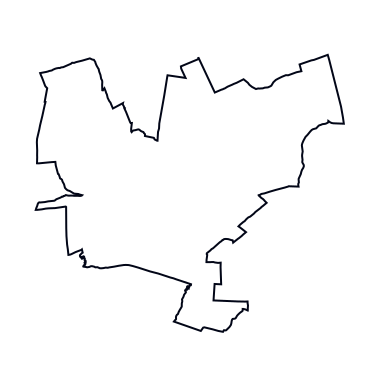 outline of Bira, Neamt, Romania, rotated 175°
{"feature_id": "2599482B54289612077221", "entity_name": "Bira", "entity_type": "district", "adm_level": 2, "iso_a3": "ROU", "parent_name": "Romania", "parent_adm1": "Neamt", "projection": "mercator", "projection_center": [27.049, 47.027], "detail": "fine", "context": "isolated", "style": "outline", "palette": "ink", "viewbox_px": 384, "rotation_deg": 175, "n_neighbors": 0, "source": "geoboundaries", "source_scale": "gbopen_adm2", "svg_char_len": 5961}
<svg xmlns="http://www.w3.org/2000/svg" viewBox="0 0 384 384"><g transform="rotate(175 192 192)"><path d="M332.9,323.7L332.1,320.8L331.8,320.2L330.7,316.5L329.1,310.7L328.7,309.9L327.2,308.0L330.9,294.7L330.1,294.5L330.4,293.4L331.0,291.9L332.1,288.4L334.5,280.7L337.5,271.8L338.7,267.6L341.7,258.5L342.2,255.2L342.6,246.9L343.1,242.1L343.2,240.2L343.9,234.1L341.9,233.9L329.1,234.0L325.5,233.9L325.4,230.3L323.9,221.7L323.3,221.4L323.2,221.1L322.5,218.6L322.3,217.3L322.2,217.0L321.0,216.2L320.4,215.4L320.3,214.9L320.1,213.8L319.0,211.3L318.8,210.8L318.2,207.3L317.3,206.0L315.9,204.6L313.6,203.6L309.8,200.8L309.2,200.6L305.4,199.9L304.0,199.2L301.7,198.4L302.2,198.0L303.8,197.8L306.4,198.2L309.8,198.5L311.8,198.9L315.1,199.1L316.8,199.5L317.8,199.9L318.2,199.9L319.2,199.2L320.3,199.2L321.2,198.5L321.9,198.7L323.4,197.9L327.8,196.6L329.4,195.5L330.1,195.3L336.1,195.2L339.6,194.8L344.2,194.8L345.1,195.0L345.9,194.6L346.7,193.5L347.4,191.7L348.5,189.6L349.2,187.8L347.5,187.7L343.2,187.8L339.0,188.2L335.9,188.2L329.8,187.9L319.1,188.5L318.7,188.1L320.4,167.2L320.9,159.0L321.0,150.5L320.7,145.7L320.6,140.1L319.1,140.2L317.6,140.6L313.2,142.3L307.2,144.0L306.7,144.4L306.2,141.1L307.0,140.7L309.0,139.0L309.2,138.4L309.1,137.4L308.9,137.1L307.9,135.9L307.4,135.1L306.7,135.5L306.6,135.9L306.6,136.3L307.2,136.8L307.3,137.0L306.4,137.1L305.7,137.4L305.2,137.1L305.1,136.8L305.6,135.9L305.6,135.6L305.4,135.4L305.0,135.5L304.7,135.3L304.6,134.8L304.9,133.8L304.9,133.3L304.8,133.1L304.1,132.9L303.9,132.4L304.8,131.5L304.2,131.2L304.1,130.8L304.9,130.6L305.1,130.4L304.7,129.0L304.9,128.8L305.6,128.7L305.6,128.3L305.7,128.2L306.5,127.9L306.8,127.4L306.8,127.2L306.6,127.1L303.7,126.4L303.1,126.1L300.8,126.3L299.1,126.9L298.0,126.8L295.9,126.1L294.9,125.4L292.7,125.3L290.5,124.1L289.1,123.9L287.1,123.9L284.4,124.2L283.0,123.9L282.3,123.9L281.0,124.1L276.2,124.4L271.3,124.9L266.3,125.2L264.2,125.1L261.3,124.7L257.4,123.4L252.0,121.3L240.6,116.5L232.7,113.7L221.0,108.7L217.9,107.6L215.6,106.5L201.0,100.2L201.2,99.3L201.6,99.0L201.8,98.9L202.6,99.1L203.0,98.7L203.1,98.3L203.6,98.3L203.9,97.9L204.1,97.8L204.3,97.8L204.5,98.4L204.7,98.5L205.1,98.2L205.1,97.7L204.7,97.5L203.7,97.7L203.3,97.6L203.2,97.3L203.4,97.1L204.0,97.1L204.0,96.9L203.7,96.3L203.7,96.0L204.0,96.0L204.6,96.5L204.8,95.8L205.0,95.7L205.7,96.4L205.9,96.0L206.1,96.0L206.3,95.7L206.0,95.0L207.3,94.8L207.5,94.3L207.4,94.0L206.9,93.4L206.9,92.4L208.0,91.3L208.9,90.2L209.6,88.4L211.3,85.9L211.2,84.4L211.3,83.5L211.7,82.5L211.9,81.7L212.2,78.8L212.6,78.1L214.3,75.8L215.7,73.7L216.6,71.7L217.8,70.9L218.6,69.7L218.9,68.7L218.9,67.5L219.0,66.7L219.2,66.4L220.2,65.7L221.3,64.5L195.3,52.8L192.7,55.9L191.5,56.1L183.4,53.4L177.9,51.3L173.3,50.0L172.3,51.5L171.9,51.5L171.1,51.2L170.0,51.3L166.5,54.2L164.9,56.1L164.3,57.6L163.7,60.1L163.3,61.1L162.6,62.0L160.3,62.1L159.5,62.5L157.8,64.9L156.5,66.1L154.6,67.6L152.8,68.6L152.0,69.2L151.8,70.0L151.7,71.1L150.9,71.0L149.1,70.4L146.8,69.1L146.7,69.4L146.6,70.9L146.1,74.1L146.3,76.3L146.2,78.1L148.7,78.2L156.1,79.0L180.0,82.1L177.5,98.4L171.0,97.5L170.1,114.5L169.6,119.1L172.2,119.1L175.3,119.8L176.9,120.4L181.0,120.6L183.7,120.9L183.4,123.2L182.3,128.0L182.7,128.6L182.6,129.6L182.3,129.9L178.8,132.2L177.5,133.4L176.1,134.0L168.6,139.6L166.9,140.5L166.1,141.3L165.7,141.6L165.0,141.6L164.3,142.2L163.7,142.3L162.4,142.3L160.0,141.9L156.6,140.5L155.8,140.4L155.6,139.9L155.4,138.0L151.0,140.9L150.6,141.2L149.0,142.1L146.3,143.9L144.7,145.2L141.7,147.3L147.6,152.8L148.7,153.7L147.0,155.2L143.6,157.6L142.2,158.3L141.1,159.3L140.7,159.8L138.4,161.6L137.8,161.9L136.2,162.4L132.2,165.1L130.7,166.5L124.9,170.2L124.7,170.5L123.3,171.5L122.6,171.9L118.6,174.7L120.3,176.7L120.8,177.5L122.0,178.9L123.4,180.0L125.9,182.8L125.9,183.0L124.3,183.3L123.7,183.6L123.2,184.0L120.0,184.3L114.3,185.6L108.2,186.8L99.4,188.3L95.5,189.1L95.2,189.3L85.4,188.1L85.5,189.0L85.5,190.1L85.4,190.9L84.7,192.2L84.7,194.9L84.6,195.8L84.3,196.4L82.1,200.3L81.3,202.7L80.4,204.6L79.2,206.1L78.4,207.7L78.3,208.8L78.4,209.4L79.5,211.8L79.5,212.5L79.1,214.4L79.2,218.3L79.0,219.7L78.2,222.7L78.5,228.8L78.3,229.7L77.8,231.0L76.4,233.6L74.1,237.0L71.9,238.9L69.1,241.8L67.3,243.4L66.0,244.0L62.7,244.6L60.4,246.7L59.5,247.3L58.0,247.6L56.2,248.2L53.5,248.3L52.2,248.6L50.4,249.4L50.1,250.3L50.0,250.9L48.2,249.3L46.7,248.5L45.0,248.1L34.8,246.8L35.1,252.8L36.1,264.1L43.8,311.6L44.8,316.8L58.9,313.0L61.6,312.7L73.7,309.7L72.5,302.8L77.4,302.2L86.0,299.9L88.3,300.2L92.2,299.0L96.3,297.4L98.8,296.3L101.4,294.2L103.7,291.0L105.2,290.3L107.3,289.6L110.6,289.6L111.9,289.2L112.6,289.1L116.2,289.2L117.0,289.4L119.3,289.0L123.1,291.5L125.5,293.8L126.8,295.9L130.8,299.8L138.0,296.9L141.4,295.9L142.0,295.6L147.4,293.8L150.6,292.2L151.4,292.1L152.5,291.6L153.7,291.4L160.6,289.1L174.0,325.7L174.2,323.8L192.1,318.1L192.0,315.8L188.5,306.2L195.2,307.8L206.2,310.4L206.5,309.4L211.3,290.3L212.0,287.7L218.6,263.2L219.3,258.1L220.6,254.8L221.9,246.1L222.4,246.2L224.6,247.6L224.9,248.2L225.1,249.0L225.4,249.3L234.0,251.9L233.8,253.2L233.9,253.9L234.8,254.9L234.9,255.5L235.3,256.0L236.8,256.7L237.7,257.3L239.0,258.6L239.7,259.0L240.6,259.0L243.3,258.5L245.2,258.4L246.0,257.8L246.9,256.9L247.3,257.6L247.1,260.3L245.9,266.0L247.1,266.0L247.6,267.0L250.7,277.4L252.0,281.0L251.7,281.0L251.5,281.4L252.1,282.2L252.6,283.7L253.2,284.9L253.3,285.7L253.0,286.6L263.5,282.1L265.2,287.3L265.4,288.1L266.5,289.8L267.8,293.1L268.3,296.6L268.9,298.2L269.2,299.7L270.2,303.0L271.9,301.0L272.5,301.2L272.2,306.5L271.8,309.3L271.8,310.6L272.1,311.6L272.6,312.6L273.0,316.6L273.9,319.8L274.2,321.7L274.2,322.5L274.5,322.9L276.1,326.4L276.9,329.0L277.0,329.9L277.9,331.6L278.2,332.2L279.7,332.6L282.1,334.0L290.1,332.4L296.1,331.5L298.2,330.9L300.1,331.2L300.6,330.9L301.4,330.3L309.4,327.6L311.5,327.5L312.9,327.0L313.8,327.2L316.1,327.0L317.6,326.7L319.7,326.0L321.1,325.3L323.7,325.0L324.6,324.7L326.9,324.3L332.9,323.7Z" fill="none" stroke="#020617" stroke-width="2"/></g></svg>